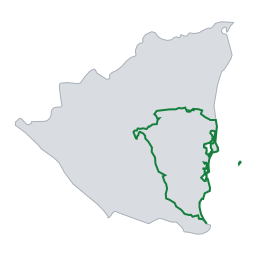 Atlántico Sur on a map of Nicaragua (orthographic projection)
{"feature_id": "NIC-644", "entity_name": "Atlántico Sur", "entity_type": "Autonomous Region", "adm_level": 1, "iso_a3": "NIC", "parent_name": "Nicaragua", "parent_adm1": "", "projection": "orthographic", "projection_center": [-84.133, 12.113], "detail": "medium", "context": "in_parent", "style": "outline", "palette": "green", "viewbox_px": 256, "rotation_deg": 0, "n_neighbors": 0, "source": "natural_earth", "source_scale": "10m", "svg_char_len": 3985}
<svg xmlns="http://www.w3.org/2000/svg" viewBox="0 0 256 256"><path d="M233.5,22.5L232.1,24.3L230.7,25.5L227.6,31.5L226.6,32.0L226.3,27.6L224.5,27.1L222.4,28.6L221.2,30.9L223.1,33.8L224.7,33.9L226.7,34.7L232.1,54.9L231.0,58.6L227.7,64.2L224.5,69.0L221.4,72.1L217.5,84.9L214.0,105.7L216.6,124.4L215.3,141.7L216.5,145.7L216.8,150.8L214.2,151.7L212.7,151.6L211.2,148.5L211.3,145.7L212.9,142.5L213.5,138.1L212.8,135.9L211.2,140.8L208.5,143.1L206.7,143.8L205.0,146.4L206.8,151.1L209.2,154.6L210.0,157.0L209.1,160.0L208.6,170.1L207.8,169.8L206.9,168.5L204.4,168.4L204.1,172.4L204.3,174.7L202.2,176.5L201.4,178.2L203.2,179.5L205.1,180.2L207.5,180.0L209.4,185.0L210.0,189.1L205.5,192.9L204.0,196.0L201.4,199.8L200.0,203.5L199.5,206.1L201.3,214.5L204.4,220.5L207.1,224.3L210.6,225.1L209.8,229.1L207.1,231.7L202.3,233.8L197.1,234.2L188.4,232.2L184.9,232.0L183.5,230.9L183.1,228.9L180.6,226.0L176.1,222.0L173.5,222.3L169.2,221.4L162.2,218.8L158.9,218.4L154.2,220.7L148.7,223.7L135.6,219.0L126.4,215.6L118.1,212.6L115.8,211.4L114.0,211.7L112.5,213.2L110.6,216.0L110.0,216.8L109.1,217.5L108.0,217.7L108.0,216.4L103.9,210.9L97.5,204.3L72.9,183.9L64.0,171.7L59.2,162.9L54.6,158.4L41.4,149.0L38.4,145.2L25.4,132.7L15.4,125.3L15.4,122.2L19.5,118.4L21.5,118.6L23.7,121.4L27.2,124.6L28.9,124.6L31.4,123.2L31.5,121.7L44.9,121.3L47.3,120.5L49.8,118.2L51.1,115.1L51.3,112.0L51.9,109.8L54.1,107.7L58.0,107.1L61.0,106.9L62.0,105.5L61.1,100.8L59.6,89.4L59.3,86.3L59.8,83.9L61.1,83.1L67.0,82.6L78.3,83.6L80.5,82.9L85.0,76.5L89.3,71.8L92.3,69.7L94.6,69.1L97.3,73.3L106.8,79.4L108.4,79.0L109.4,78.7L109.7,77.9L109.5,75.1L111.9,72.6L116.8,70.3L121.8,66.4L126.8,60.7L131.2,57.3L134.8,56.3L136.2,54.8L135.4,52.6L135.7,49.6L137.1,45.7L139.3,43.5L142.0,42.9L143.1,41.7L142.6,39.8L143.1,37.8L145.6,34.5L151.7,31.7L155.1,32.6L157.9,36.5L161.9,39.1L167.1,40.4L171.2,39.9L174.1,37.6L176.7,36.8L179.0,37.8L180.2,37.2L180.3,35.2L181.5,34.8L183.8,35.9L185.8,36.1L187.5,35.6L188.2,34.6L188.5,33.6L189.8,32.9L194.3,33.6L199.4,32.5L205.0,29.4L208.7,28.0L210.5,28.4L212.7,26.8L215.3,23.4L221.1,21.8L233.5,22.5Z" fill="#d9dde1" stroke="#a8b0b8" stroke-width="1"/><path d="M215.8,120.0L216.9,126.4L215.3,142.4L218.0,147.8L218.2,150.6L216.7,151.7L211.6,152.7L210.7,152.1L212.4,150.2L210.8,147.7L210.7,143.2L213.0,143.5L214.2,141.9L214.6,139.7L214.0,137.8L215.3,133.0L215.1,131.7L214.2,130.9L211.7,130.7L210.7,131.3L210.3,133.2L211.8,134.8L212.7,137.3L212.3,138.9L213.0,139.9L208.9,143.0L204.4,144.1L204.0,144.8L204.0,147.4L206.4,148.0L206.7,150.3L206.0,153.3L207.3,154.6L208.8,154.3L208.8,157.4L210.1,153.8L211.7,154.0L209.4,158.6L208.3,164.5L209.1,171.9L208.4,172.3L208.6,171.2L206.5,167.6L207.6,166.6L207.8,164.6L206.3,162.8L203.9,162.5L204.7,163.7L205.7,163.0L207.0,165.1L205.8,168.7L202.6,168.3L204.7,169.6L204.8,174.0L201.1,177.7L204.4,181.0L205.6,181.0L206.0,178.6L207.7,178.8L210.0,187.8L209.8,190.9L204.7,193.3L203.1,199.0L201.8,198.8L199.5,202.4L199.5,207.4L201.0,214.0L204.0,220.0L206.9,223.8L202.9,219.2L199.0,218.8L198.1,215.3L192.6,216.7L191.0,214.8L189.1,215.0L184.6,213.9L181.3,209.9L176.2,206.5L174.7,203.0L169.4,199.7L166.2,198.5L165.7,194.1L167.1,188.6L166.1,183.9L164.5,181.6L162.8,176.3L165.1,175.2L158.6,171.7L155.5,163.8L155.0,157.4L151.7,151.9L151.9,147.5L148.6,142.0L145.3,138.4L145.1,135.7L143.3,133.5L139.8,131.8L138.9,132.7L138.2,135.4L136.5,136.8L137.0,137.6L136.7,138.7L135.9,138.4L133.5,132.1L134.6,130.6L136.9,130.5L137.7,128.5L140.6,128.8L143.1,128.3L146.6,129.0L148.6,126.5L149.5,126.7L152.4,124.5L156.8,124.1L157.5,120.3L159.3,118.3L157.3,118.5L156.0,115.6L154.3,114.3L156.7,110.9L169.2,109.4L175.9,109.3L179.0,107.9L181.6,108.5L185.2,107.6L186.8,111.2L187.8,111.8L189.7,111.6L189.1,110.6L190.7,111.1L191.7,109.9L193.5,110.2L193.3,108.9L198.7,109.3L202.2,110.5L200.9,113.9L204.9,117.0L210.5,120.0L215.8,120.0ZM206.7,177.8L205.9,174.2L206.3,172.6L207.3,172.0L206.5,174.5L206.7,177.8ZM239.1,164.1L239.0,163.0L240.1,161.7L240.6,162.2L239.1,164.1Z" fill="none" stroke="#15803d" stroke-width="2"/></svg>